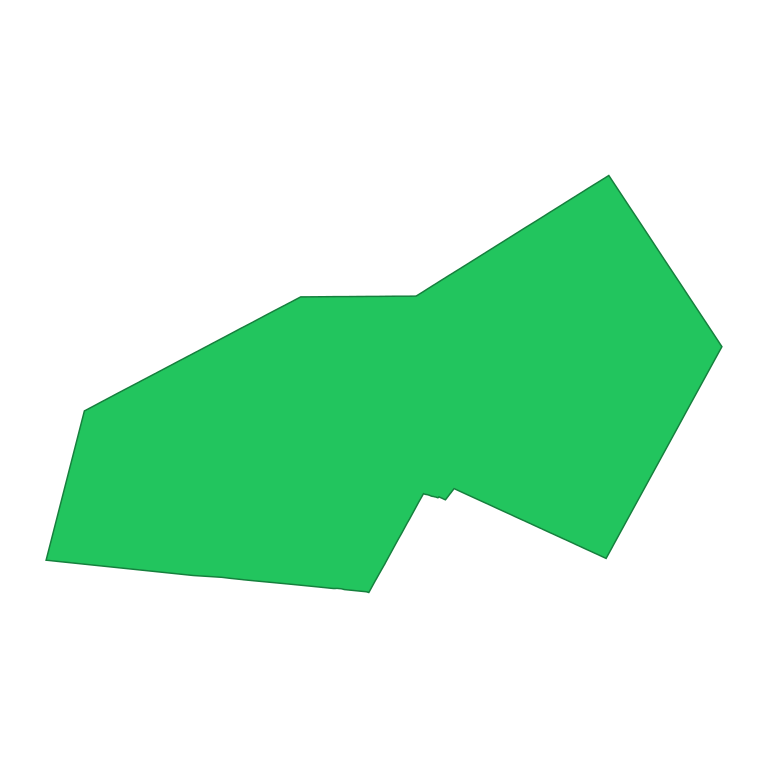 outline of Den Helder, Noord-Holland, Netherlands
{"feature_id": "6326949B80665930632751", "entity_name": "Den Helder", "entity_type": "district", "adm_level": 2, "iso_a3": "NLD", "parent_name": "Netherlands", "parent_adm1": "Noord-Holland", "projection": "robinson", "projection_center": [4.789, 52.95], "detail": "fine", "context": "isolated", "style": "filled", "palette": "green", "viewbox_px": 768, "rotation_deg": 0, "n_neighbors": 0, "source": "geoboundaries", "source_scale": "gbopen_adm2", "svg_char_len": 2985}
<svg xmlns="http://www.w3.org/2000/svg" viewBox="0 0 768 768"><path d="M368.8,592.5L369.1,592.0L369.4,591.5L375.3,580.7L377.1,577.6L377.2,577.3L378.1,575.8L379.2,573.8L380.3,571.9L381.3,570.1L382.5,568.0L383.2,566.8L383.9,565.5L384.5,564.6L385.1,563.4L385.3,563.0L395.0,545.2L398.5,538.8L401.7,533.2L404.3,528.4L406.9,523.6L407.0,523.4L407.1,523.2L409.5,519.1L412.7,513.2L415.0,509.0L418.5,502.5L422.8,494.9L423.5,493.7L423.9,493.9L424.1,493.9L424.8,494.2L425.2,494.3L425.4,494.3L425.5,494.4L426.0,494.4L426.3,494.5L426.6,494.5L426.9,494.6L427.4,494.6L427.8,494.8L428.2,494.9L428.6,495.0L428.8,495.1L429.1,495.2L429.7,495.4L430.2,495.6L430.5,495.8L430.8,495.9L431.1,496.0L431.4,496.1L431.6,496.2L431.8,496.2L432.1,496.3L432.5,496.4L433.1,496.4L433.5,496.5L433.8,496.6L434.5,496.8L435.2,496.9L435.7,497.0L436.0,497.1L436.3,497.2L436.6,497.3L437.0,497.5L437.4,497.6L437.6,497.7L437.8,497.7L438.0,497.7L438.3,497.6L438.7,497.2L438.9,496.9L439.0,496.8L440.5,497.6L442.2,498.3L443.8,499.1L445.4,499.8L445.6,499.6L446.8,498.1L446.9,497.9L447.0,497.8L447.0,497.7L447.7,496.9L447.8,496.8L448.9,495.3L449.0,495.2L450.0,493.9L450.3,493.4L450.5,493.3L452.0,491.3L454.1,488.6L465.8,494.0L482.2,501.5L501.8,510.5L507.5,513.1L511.3,514.8L514.8,516.5L529.3,523.1L536.0,526.2L546.4,531.0L564.1,539.1L572.7,543.0L576.9,545.0L585.6,549.0L606.1,558.4L611.6,548.4L613.2,545.4L679.1,424.9L686.0,412.2L714.7,359.8L721.9,346.7L713.7,334.2L706.5,323.3L697.9,310.3L689.1,297.0L687.5,294.6L681.6,285.6L672.3,271.6L664.4,259.7L655.0,245.4L646.5,232.5L637.8,219.3L629.0,206.1L620.1,192.6L608.8,175.5L602.7,179.3L595.6,183.7L588.0,188.4L580.1,193.4L573.2,197.7L566.0,202.2L557.6,207.5L556.8,208.0L549.7,212.4L541.7,217.5L533.5,222.6L525.7,227.4L521.4,230.1L517.1,232.8L507.4,238.9L498.8,244.3L488.1,251.0L480.0,256.1L472.2,261.0L464.7,265.7L456.0,271.1L448.9,275.5L441.7,280.0L433.6,285.1L426.1,289.8L425.9,290.0L416.6,295.8L416.0,296.1L408.5,296.2L397.0,296.2L386.5,296.3L378.1,296.4L368.6,296.4L362.4,296.5L358.1,296.5L347.1,296.6L337.1,296.6L327.7,296.7L316.1,296.8L304.6,296.9L300.7,296.9L296.5,299.1L288.7,303.2L281.8,306.8L274.3,310.7L266.9,314.6L257.7,319.5L250.0,323.6L240.5,328.5L230.4,333.9L221.9,338.4L213.5,342.8L205.4,347.1L195.9,352.1L187.9,356.3L178.0,361.5L169.5,366.0L160.6,370.7L151.3,375.6L142.5,380.2L134.4,384.5L125.4,389.2L117.4,393.4L109.7,397.5L101.0,402.1L92.6,406.6L84.4,410.9L46.1,560.2L193.3,575.5L221.8,577.3L223.5,577.5L230.9,578.4L242.5,579.6L242.8,579.6L243.0,579.7L246.1,580.0L255.3,580.9L268.2,582.1L292.5,584.4L319.8,587.1L320.6,587.2L320.9,587.2L321.1,587.2L321.7,587.3L322.4,587.4L323.7,587.5L333.4,588.5L333.9,588.5L334.7,588.5L334.9,588.5L335.4,588.5L336.2,588.4L336.7,588.4L337.3,588.4L337.7,588.4L339.1,588.6L339.5,588.6L341.5,588.8L342.2,589.0L342.8,589.1L343.3,589.3L343.7,589.4L343.9,589.4L344.3,589.5L344.6,589.6L345.9,589.7L349.8,590.1L366.7,591.8L366.8,591.9L367.0,591.9L367.3,592.0L368.1,592.3L368.8,592.5Z" fill="#22c55e" stroke="#15803d" stroke-width="1.5"/></svg>